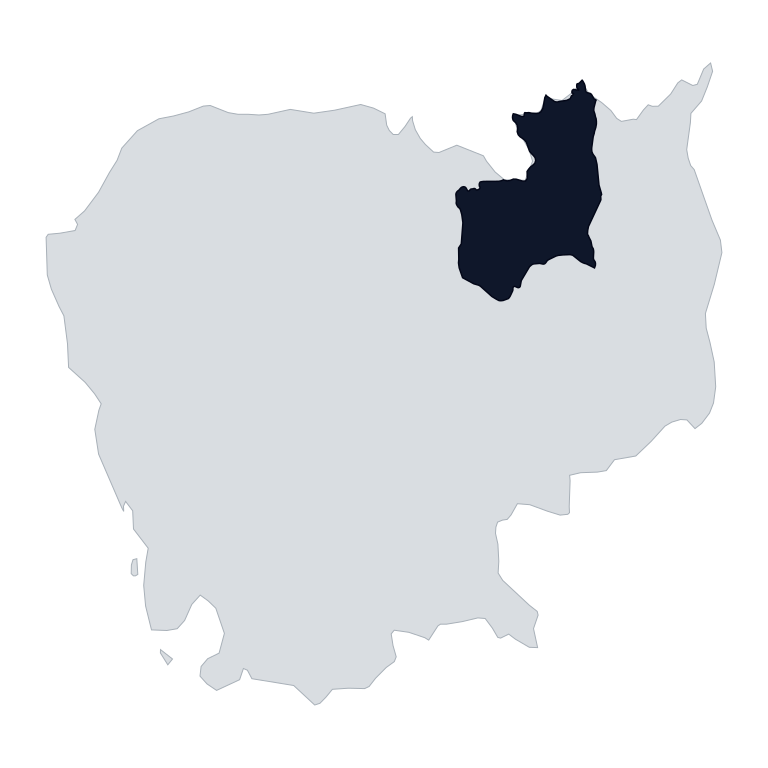 location of Stœng Trêng within Cambodia
{"feature_id": "KHM-1792", "entity_name": "Stœng Trêng", "entity_type": "Province", "adm_level": 1, "iso_a3": "KHM", "parent_name": "Cambodia", "parent_adm1": "", "projection": "natural_earth1", "projection_center": [106.102, 13.853], "detail": "fine", "context": "in_parent", "style": "filled", "palette": "ink", "viewbox_px": 768, "rotation_deg": 0, "n_neighbors": 0, "source": "natural_earth", "source_scale": "10m", "svg_char_len": 6040}
<svg xmlns="http://www.w3.org/2000/svg" viewBox="0 0 768 768"><path d="M710.6,63.0L712.6,71.3L707.3,86.9L701.6,101.0L690.9,113.4L690.4,122.5L686.7,149.6L688.2,158.2L690.7,165.6L694.2,169.6L703.5,196.1L712.0,220.2L720.4,240.1L721.9,252.6L714.3,284.3L705.4,313.5L706.2,328.1L710.0,342.6L714.2,362.0L715.7,386.8L713.5,403.0L709.5,413.1L701.8,423.3L695.0,428.6L686.9,419.9L680.5,419.5L671.8,422.1L665.0,426.1L651.2,441.3L635.8,456.0L614.5,459.7L606.3,470.6L597.4,472.1L580.6,472.7L569.6,475.3L570.1,480.7L569.2,506.6L569.5,512.7L567.8,514.3L560.1,515.1L547.2,511.1L529.8,504.7L517.4,503.7L511.0,515.0L507.2,519.4L502.5,520.1L497.6,522.1L495.9,527.1L495.5,533.4L497.9,544.2L498.8,561.3L498.1,573.0L502.7,580.4L529.3,605.2L537.2,611.4L538.1,615.1L533.5,628.6L537.6,647.6L529.3,647.3L515.3,639.1L508.7,634.1L500.6,638.1L497.8,637.4L492.3,628.0L485.2,618.5L477.8,617.9L462.3,621.6L446.4,624.2L440.4,624.2L437.9,625.9L428.7,640.1L424.8,637.7L408.8,632.3L394.2,630.2L391.2,633.9L393.0,645.5L396.2,656.8L394.3,661.6L386.2,667.5L375.6,678.2L369.1,686.5L364.6,688.6L348.5,688.2L332.4,689.3L325.9,697.2L319.9,703.3L314.7,705.0L293.7,685.5L251.9,678.7L247.4,670.2L243.4,668.5L239.6,679.7L216.6,690.4L207.0,683.9L200.0,676.1L201.1,666.5L207.7,658.7L219.1,653.1L224.4,633.4L215.8,608.2L208.2,600.9L200.2,595.1L191.8,604.4L184.6,620.5L177.2,628.7L166.8,630.5L151.5,629.9L145.6,606.0L143.7,585.4L145.8,562.0L148.2,548.2L133.5,529.0L132.7,510.8L125.6,501.4L123.5,506.1L123.7,511.4L121.7,507.6L98.6,454.1L94.8,429.3L98.9,410.2L101.2,403.8L94.6,393.8L85.2,382.4L68.6,367.4L67.5,343.7L63.9,315.8L59.0,306.4L51.4,289.2L47.3,275.0L46.1,237.3L48.2,234.3L60.0,233.2L75.1,230.5L77.6,224.4L74.9,219.4L84.6,210.9L98.6,192.2L109.4,172.6L117.1,160.3L121.8,148.1L137.4,130.7L158.9,118.8L173.5,116.0L188.7,111.9L203.3,106.1L210.2,105.5L228.2,112.6L238.0,114.3L248.3,114.3L258.9,115.0L268.1,114.3L290.3,109.4L313.8,113.2L334.7,110.2L360.7,104.5L373.5,108.1L385.1,113.8L386.7,125.2L389.3,130.5L393.2,134.5L398.4,134.5L405.0,126.5L410.5,118.2L412.3,116.7L412.6,120.8L415.3,129.7L420.3,138.5L425.3,144.4L433.6,152.1L439.0,152.5L456.8,145.2L483.4,155.8L486.5,161.2L495.1,172.0L504.4,179.8L525.2,180.3L532.6,161.2L529.0,149.5L517.2,129.2L513.9,117.2L517.7,115.1L537.7,112.8L541.0,110.5L545.4,97.3L550.9,98.8L562.0,100.5L573.7,91.5L580.7,82.0L584.5,86.3L588.6,93.0L593.2,96.8L601.6,102.5L610.9,110.5L616.7,118.4L621.4,121.4L633.3,119.2L636.5,119.6L643.4,110.0L648.2,104.8L652.3,106.3L658.3,106.2L670.7,94.0L677.8,82.9L681.7,79.9L692.8,85.5L697.3,84.3L703.7,69.0L710.6,63.0ZM137.8,574.4L135.5,575.8L133.4,575.8L131.2,573.6L131.4,565.0L133.0,559.7L136.8,558.7L137.8,574.4ZM172.5,659.0L167.8,664.8L160.4,652.9L160.5,649.6L172.5,659.0Z" fill="#d9dde1" stroke="#a8b0b8" stroke-width="1"/><path d="M582.1,80.2L582.8,81.0L584.4,83.9L585.0,85.8L585.6,90.5L586.1,91.9L587.2,92.7L590.1,93.4L591.4,94.3L593.9,98.7L596.1,100.1L595.8,100.6L595.6,101.3L594.0,107.6L593.8,109.4L593.8,110.8L594.9,114.1L595.4,116.6L596.1,118.7L596.4,121.3L596.4,124.0L595.8,127.4L594.5,131.5L594.2,133.4L593.5,135.7L593.2,136.7L591.7,148.0L591.7,149.9L591.9,151.7L592.7,153.7L593.6,155.1L594.6,156.4L595.5,157.8L597.0,164.4L599.0,185.1L601.2,192.6L601.6,194.5L600.7,196.0L600.9,199.5L600.6,200.5L588.5,226.4L587.7,230.5L587.5,234.0L587.9,235.0L588.5,235.9L588.9,237.1L590.9,241.0L592.0,246.6L593.3,248.9L593.6,250.5L593.7,252.0L593.4,257.6L593.5,259.1L594.1,260.3L594.9,261.4L595.1,261.8L595.3,262.3L595.4,263.0L595.5,263.6L595.4,265.4L594.5,267.9L586.3,263.8L584.6,263.4L583.0,262.8L580.7,261.6L572.7,255.2L570.1,254.6L562.9,254.9L558.2,255.4L556.1,256.0L548.7,259.6L547.8,260.2L547.1,260.8L545.8,262.7L544.9,263.6L544.1,264.0L543.1,264.1L539.7,263.4L533.9,263.9L532.8,264.2L531.7,264.8L531.0,265.4L529.5,266.7L521.5,280.2L521.2,281.0L520.3,285.9L520.1,286.6L519.8,287.0L519.5,287.3L519.1,287.5L518.7,287.6L518.2,287.7L517.8,287.6L517.5,287.5L515.4,286.6L515.2,286.5L514.8,286.4L514.3,286.4L513.4,286.8L513.1,287.4L512.9,288.0L512.9,290.0L512.5,291.2L510.2,296.1L509.3,297.5L508.6,298.3L508.3,298.6L503.1,300.5L501.3,300.7L499.9,300.7L498.8,300.5L496.0,299.0L491.9,296.5L480.4,286.2L478.7,285.2L473.8,283.8L462.6,277.7L459.2,267.9L458.5,262.9L458.8,259.4L458.6,248.0L461.3,243.9L462.9,222.8L461.8,214.7L460.5,210.0L460.0,209.0L459.6,208.3L459.2,208.0L458.8,207.7L458.3,207.3L457.7,206.5L456.8,205.0L456.4,204.1L456.2,203.3L456.2,202.7L456.4,201.0L455.9,194.6L456.0,193.6L456.2,193.0L456.5,192.5L457.0,191.7L457.8,190.9L458.6,190.4L458.9,190.1L460.6,188.1L461.4,187.4L461.8,187.2L462.2,187.0L462.6,186.9L463.6,186.7L464.1,186.8L464.6,186.9L465.1,187.1L465.5,187.4L465.8,187.7L466.1,188.1L467.2,190.1L467.5,190.5L467.8,190.8L468.2,191.0L468.6,191.1L469.0,190.9L469.4,190.6L470.4,189.4L470.9,189.1L471.5,189.0L473.1,188.8L473.9,188.5L474.4,188.5L474.9,188.6L475.2,188.8L475.9,189.5L476.2,189.8L476.5,190.0L477.0,190.0L477.5,189.9L478.7,189.4L479.5,188.8L479.9,188.2L480.0,187.6L479.7,186.7L479.4,186.3L479.3,185.6L479.2,184.8L479.4,183.3L479.8,182.6L480.1,182.1L480.6,181.9L481.5,181.7L483.6,181.4L498.7,181.3L501.2,180.8L502.5,180.3L503.3,179.8L503.8,180.1L507.0,180.9L510.1,180.5L513.3,179.1L516.3,179.2L522.9,181.2L525.5,181.0L527.3,178.4L527.1,171.4L528.7,169.1L530.5,167.0L532.8,165.2L534.8,163.3L535.7,160.5L535.1,157.7L533.4,155.5L531.4,153.5L529.6,151.3L526.4,142.4L524.4,139.8L520.0,136.7L518.2,134.7L517.2,131.7L517.7,128.0L517.2,125.1L515.8,122.8L513.3,120.5L512.7,118.9L512.5,117.2L512.7,115.4L513.3,113.8L515.9,114.3L521.5,116.5L523.7,116.4L524.1,115.7L524.4,113.3L524.8,112.7L525.4,112.7L526.8,112.8L528.8,112.6L531.8,113.2L536.3,113.5L538.8,113.2L540.8,111.8L542.7,108.7L543.5,105.5L544.8,97.7L546.0,95.2L546.8,96.1L554.5,101.5L555.8,101.9L557.5,102.0L559.2,101.5L560.1,101.4L566.9,100.3L570.2,98.7L571.5,95.8L572.0,95.7L572.9,94.8L573.5,93.8L572.0,92.9L571.9,91.9L572.1,90.8L572.4,90.2L573.6,89.4L575.0,89.6L576.6,90.0L578.6,90.2L578.6,89.2L577.6,88.9L577.1,88.1L576.8,87.0L576.7,85.6L576.9,84.1L577.6,83.7L578.4,83.6L579.3,83.1L582.1,80.2Z" fill="#0f172a" stroke="#020617" stroke-width="1.5"/></svg>